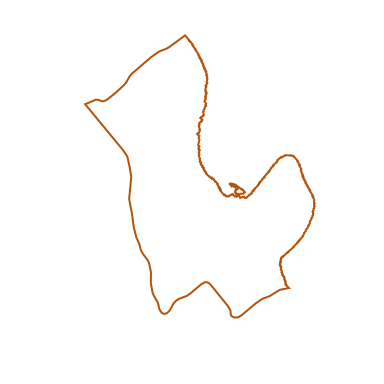 Boca Chica, Santo Domingo, Dominican Republic (Natural Earth projection), rotated 230°
{"feature_id": "3306468B37182555728177", "entity_name": "Boca Chica", "entity_type": "district", "adm_level": 2, "iso_a3": "DOM", "parent_name": "Dominican Republic", "parent_adm1": "Santo Domingo", "projection": "natural_earth1", "projection_center": [-69.616, 18.462], "detail": "fine", "context": "isolated", "style": "outline", "palette": "amber", "viewbox_px": 384, "rotation_deg": 230, "n_neighbors": 0, "source": "geoboundaries", "source_scale": "gbopen_adm2", "svg_char_len": 6055}
<svg xmlns="http://www.w3.org/2000/svg" viewBox="0 0 384 384"><g transform="rotate(230 192 192)"><path d="M327.9,166.6L268.6,166.1L260.9,165.3L251.6,160.5L242.5,155.1L227.1,139.4L213.7,131.9L202.6,124.8L193.2,120.3L185.7,118.1L180.8,115.6L176.7,114.7L168.1,114.2L165.1,113.4L156.8,108.9L148.7,101.9L140.4,97.2L137.5,96.2L129.0,94.7L123.3,91.7L118.8,91.1L116.4,92.4L115.3,95.1L115.6,99.0L118.5,106.2L118.9,110.5L118.4,113.7L115.7,121.4L115.3,126.3L115.4,139.8L114.5,144.1L113.1,145.6L111.3,146.4L108.2,146.7L81.9,146.2L76.8,145.4L73.1,142.9L71.6,142.5L68.6,143.7L66.5,146.7L65.7,150.7L65.7,169.6L65.0,176.9L62.3,184.7L60.6,196.4L56.1,204.6L60.5,204.1L60.5,204.6L61.7,204.6L61.7,205.1L63.2,205.5L63.2,206.0L64.0,206.0L64.0,206.4L65.5,206.4L65.5,206.9L67.1,207.3L67.1,207.8L68.2,207.8L68.2,208.2L69.4,208.2L69.4,207.8L69.8,207.8L69.8,208.2L70.9,208.2L70.9,208.7L72.5,208.7L72.5,209.2L73.2,209.2L73.6,210.1L75.2,210.1L75.2,210.5L76.3,211.0L76.7,211.9L78.2,211.9L78.2,212.3L79.0,212.3L79.0,212.8L80.2,212.8L80.2,213.3L80.9,213.7L80.9,214.6L81.7,214.6L81.7,215.5L82.9,216.0L82.9,216.9L84.0,217.3L84.0,218.7L84.4,218.7L84.4,220.5L84.0,220.5L84.4,226.0L84.0,226.0L84.0,226.9L84.4,226.9L84.4,234.2L84.8,234.2L85.2,240.1L85.6,240.1L85.6,242.4L86.0,242.4L86.0,244.2L86.3,244.2L86.7,248.3L87.1,248.3L87.9,251.0L88.6,251.5L89.0,254.2L89.8,254.7L90.2,257.9L91.3,258.8L91.3,260.1L91.7,260.1L92.1,262.0L93.7,263.3L94.4,266.0L95.2,266.5L95.2,267.9L96.4,268.8L96.4,269.7L97.5,270.6L97.5,271.1L99.1,271.5L99.1,272.0L99.8,272.4L99.8,273.3L101.0,274.2L101.0,275.1L102.1,276.1L102.1,276.5L102.9,276.5L103.7,277.9L104.5,277.9L104.8,278.8L106.4,279.2L107.2,280.6L109.9,281.1L109.9,281.5L111.0,281.5L111.0,282.0L112.2,282.0L112.2,282.4L116.8,282.9L116.8,283.3L118.3,283.3L118.3,283.8L121.4,283.8L121.4,284.3L123.3,284.3L123.3,284.7L125.7,284.7L125.7,285.2L126.8,285.2L126.8,285.6L129.1,285.6L129.1,286.1L130.7,286.1L130.7,286.5L132.2,286.5L132.2,287.0L133.0,287.0L133.0,287.4L133.8,287.4L133.8,287.9L135.3,287.9L135.3,288.3L138.0,288.8L138.4,289.7L139.2,289.7L139.5,290.6L143.0,291.1L143.0,291.5L143.8,291.5L143.8,292.0L147.6,292.4L147.6,292.9L154.2,292.9L154.2,292.4L155.3,292.4L156.1,291.1L156.9,291.1L157.3,290.2L160.0,287.4L160.0,286.5L160.4,286.5L160.7,283.3L161.1,283.3L161.1,282.4L161.5,282.4L161.5,277.9L161.1,277.9L160.7,276.1L160.4,276.1L160.4,271.5L160.0,271.5L160.0,270.6L159.6,270.6L159.6,267.9L159.2,267.9L158.8,265.1L158.4,265.1L158.4,263.8L158.0,263.8L158.0,261.5L157.7,261.5L157.3,257.4L156.9,257.4L156.9,256.5L156.5,256.5L156.9,254.2L156.1,253.8L156.1,250.6L155.7,250.6L155.7,249.2L155.3,249.2L155.0,247.4L154.6,247.4L154.2,241.5L153.8,241.5L153.8,240.1L153.4,240.1L153.8,239.2L153.4,239.2L153.0,236.9L152.6,236.9L152.6,234.2L153.0,234.2L152.6,229.6L153.0,229.6L153.4,228.7L155.0,228.7L155.3,227.8L155.7,227.8L156.5,225.1L159.6,226.0L159.6,223.7L160.0,223.7L160.0,222.8L160.7,222.8L161.1,221.9L163.8,221.9L163.8,221.4L164.6,221.4L165.0,217.8L165.4,217.8L165.4,216.9L166.5,216.0L166.5,215.5L168.1,215.5L168.1,215.1L169.2,215.1L169.2,214.6L175.0,214.6L175.0,215.1L175.8,215.1L175.8,215.5L176.9,215.5L176.9,216.0L177.3,216.0L177.3,215.1L178.1,215.1L178.5,216.0L180.4,216.0L180.4,216.4L181.9,216.4L181.9,216.9L185.0,216.9L185.0,216.4L188.1,216.9L188.1,216.4L189.7,216.4L189.7,216.0L190.4,216.4L190.8,215.5L192.4,215.5L192.4,215.1L197.0,214.6L197.0,215.1L198.9,215.1L198.9,215.5L199.3,215.5L199.3,215.1L200.1,215.1L200.1,215.5L202.0,215.5L202.0,216.0L203.2,216.0L203.2,216.4L204.3,216.0L204.3,216.4L205.1,216.4L205.1,216.9L205.5,216.9L205.5,216.4L207.4,216.4L207.4,216.9L208.6,217.3L208.6,217.8L209.7,217.8L209.7,217.3L210.1,217.3L210.5,218.3L212.0,218.7L212.4,219.6L215.5,220.5L215.9,221.9L217.0,221.9L217.4,222.8L218.2,222.8L218.6,224.2L219.3,224.2L219.3,224.6L220.1,224.6L220.1,225.1L221.3,225.1L221.3,225.5L222.0,226.0L222.0,226.9L224.0,226.9L227.4,231.5L229.4,231.9L230.1,233.7L233.2,233.3L233.2,234.6L232.8,234.6L232.8,235.1L233.2,235.1L234.0,237.8L235.2,237.8L235.5,238.7L238.2,239.6L238.2,240.6L239.4,241.0L239.4,241.5L240.2,241.9L240.2,243.7L239.8,243.7L239.8,244.2L240.2,244.2L240.2,245.6L240.6,245.6L240.6,246.0L241.3,246.0L241.3,246.5L243.2,246.0L243.2,246.5L243.6,246.5L243.6,247.4L243.2,247.4L243.2,250.1L243.6,250.1L244.0,251.0L246.3,251.9L246.3,252.8L247.5,253.8L247.9,255.6L249.0,256.5L249.0,258.3L250.2,258.3L250.6,259.7L253.3,259.7L253.7,261.0L254.4,261.5L254.4,262.4L255.2,262.4L255.6,263.3L256.4,263.3L256.4,264.2L257.1,264.2L257.5,265.6L258.3,265.6L258.3,266.5L259.1,266.5L259.1,267.0L259.8,267.0L259.8,267.4L260.2,267.4L260.2,267.0L261.4,267.4L262.1,268.8L262.9,269.2L263.3,270.6L264.5,270.6L264.5,271.1L264.8,271.1L265.6,273.8L266.8,273.8L268.7,276.5L269.5,276.5L269.9,277.4L271.8,277.9L271.8,278.3L272.6,278.3L272.9,279.2L275.2,279.7L275.2,280.2L276.0,280.2L276.0,280.6L278.3,280.6L278.3,281.1L279.1,281.1L279.1,281.5L281.4,281.5L281.4,282.0L283.0,282.4L283.0,282.9L285.3,282.9L285.3,283.3L286.4,283.3L286.4,283.8L287.2,283.8L287.2,284.3L287.6,284.3L287.6,283.8L289.5,283.8L289.5,284.3L290.3,284.3L290.3,284.7L292.2,284.7L292.2,285.2L293.4,285.2L293.7,285.6L299.5,286.1L299.5,286.5L303.4,286.5L303.4,287.0L304.9,287.0L304.9,287.4L308.0,287.4L308.0,287.0L309.6,287.0L309.6,287.4L316.4,287.4L317.7,267.3L318.4,263.9L320.8,257.2L321.6,246.7L321.3,222.7L320.8,218.9L318.3,212.1L317.6,208.4L317.1,197.7L317.3,187.1L317.9,183.7L318.9,181.8L323.3,179.1L324.5,177.7L327.9,166.6ZM163.8,224.6L162.3,224.6L162.3,225.1L161.5,225.1L161.1,226.0L160.4,226.0L160.4,226.4L159.6,226.9L159.2,228.7L157.7,230.1L157.7,231.9L158.0,231.9L158.0,232.4L161.1,232.4L161.1,231.9L162.7,231.9L162.7,231.5L165.4,231.0L165.4,230.5L166.9,230.5L166.9,230.1L168.8,230.1L168.8,229.6L170.0,229.6L170.0,229.2L170.8,229.2L170.8,228.7L171.5,228.7L171.5,228.3L173.1,227.8L173.5,226.4L173.9,226.4L173.9,226.0L173.1,226.0L173.1,226.4L171.9,226.0L171.5,226.9L170.8,226.4L170.8,226.9L169.2,227.4L169.2,227.8L166.9,228.3L166.9,228.7L165.4,228.7L165.4,228.3L165.0,228.3L165.4,226.9L165.0,226.9L164.6,225.1L163.8,225.1L163.8,224.6Z" fill="none" stroke="#b45309" stroke-width="2"/></g></svg>